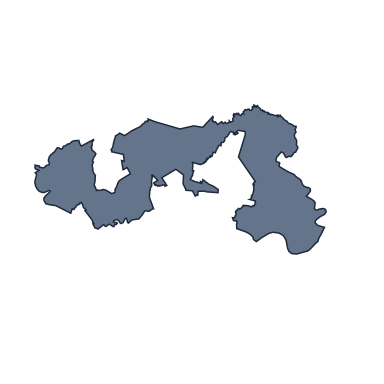 Cosoleacaque, Veracruz, Mexico (Albers equal-area conic projection), rotated 52°
{"feature_id": "50627088B31843590952822", "entity_name": "Cosoleacaque", "entity_type": "district", "adm_level": 2, "iso_a3": "MEX", "parent_name": "Mexico", "parent_adm1": "Veracruz", "projection": "albers", "projection_center": [-94.578, 18.006], "detail": "fine", "context": "isolated", "style": "filled", "palette": "slate", "viewbox_px": 384, "rotation_deg": 52, "n_neighbors": 0, "source": "geoboundaries", "source_scale": "gbopen_adm2", "svg_char_len": 6028}
<svg xmlns="http://www.w3.org/2000/svg" viewBox="0 0 384 384"><g transform="rotate(52 192 192)"><path d="M164.0,88.1L164.7,89.2L164.3,89.6L162.6,89.2L161.5,89.6L161.7,90.0L162.9,90.2L163.0,90.6L162.1,91.6L162.1,92.2L163.8,92.9L163.7,94.0L164.2,95.2L163.0,96.3L161.8,96.0L161.2,97.0L161.0,98.8L160.0,99.0L159.8,100.1L160.4,101.1L160.3,102.2L162.1,103.1L161.4,103.3L161.2,105.2L162.0,106.3L160.5,107.3L158.6,106.9L158.2,107.8L158.6,108.8L157.3,108.8L157.4,110.3L156.1,110.8L157.0,112.3L158.4,111.8L158.3,112.7L159.5,115.0L161.5,115.9L160.6,118.7L158.8,118.8L160.1,120.0L159.3,122.3L158.7,122.9L157.4,122.9L157.3,125.3L154.8,125.4L154.6,130.2L151.2,130.3L151.2,131.3L149.2,131.6L149.1,132.4L147.9,131.8L146.4,129.5L145.3,129.1L147.6,143.7L140.9,150.0L134.9,162.7L114.4,177.5L107.5,181.7L108.8,182.2L108.4,183.2L109.0,183.6L107.6,185.4L108.4,186.3L108.1,188.6L108.6,192.6L106.7,201.5L106.1,210.4L101.0,212.8L101.2,214.0L100.7,217.6L105.0,223.6L107.9,226.8L109.0,229.9L109.9,229.6L110.9,230.5L120.2,222.9L126.1,226.5L123.8,228.1L132.0,232.6L132.9,228.0L139.7,229.3L138.3,241.8L139.0,244.5L141.7,248.7L142.5,251.0L144.5,252.5L144.9,253.3L143.7,256.3L137.6,258.7L135.4,260.3L134.0,263.7L132.4,265.1L132.1,266.4L128.1,265.0L126.7,265.2L123.8,261.8L119.3,257.8L117.8,258.0L113.7,257.1L113.6,256.4L109.3,254.1L107.7,251.2L106.1,251.3L104.1,247.7L103.6,245.7L102.5,244.1L99.1,244.5L97.9,245.1L95.6,244.2L95.6,243.8L94.4,243.7L93.8,241.9L91.9,240.7L91.2,239.8L90.6,237.6L90.0,237.3L87.7,251.0L84.4,250.6L81.7,249.4L79.3,252.9L78.4,255.1L78.6,259.1L77.7,260.2L77.6,263.4L76.8,265.0L77.9,267.3L77.7,268.5L76.4,269.6L75.5,269.5L74.2,271.0L75.8,276.0L75.5,277.4L76.0,278.8L75.7,279.9L76.3,282.6L78.3,285.4L79.6,286.3L81.5,286.6L82.3,287.3L82.4,288.0L81.6,289.8L81.4,291.5L81.9,292.6L81.9,293.3L81.0,294.9L79.2,296.2L79.0,296.7L78.1,296.8L77.6,296.3L75.6,297.8L75.4,298.6L74.2,299.1L76.3,300.9L77.1,301.0L77.9,301.0L80.1,299.3L80.7,299.2L80.3,303.7L81.6,303.4L83.1,304.3L86.7,309.0L87.9,310.1L90.9,311.5L94.1,312.2L96.5,312.1L98.1,311.6L100.5,310.0L101.4,308.8L102.7,304.1L103.1,303.4L103.8,303.3L104.4,303.7L104.9,310.0L105.7,312.6L107.3,313.7L111.2,314.4L113.7,312.6L119.0,307.7L134.1,300.6L131.5,296.7L133.1,295.7L132.3,294.5L132.6,293.4L131.6,291.7L132.3,287.8L131.7,287.7L132.0,285.6L135.1,286.1L137.3,287.1L140.9,286.5L140.7,287.8L151.7,287.9L155.5,288.7L155.4,289.1L156.1,289.2L156.3,288.8L156.6,288.9L156.3,289.7L160.6,290.6L161.5,289.7L163.3,289.0L163.3,281.6L165.0,281.6L166.3,280.8L166.3,277.6L166.6,276.8L170.6,275.5L171.2,274.9L170.3,272.8L170.9,271.3L170.8,270.3L169.7,270.0L168.3,271.9L167.3,272.4L166.8,272.0L166.6,270.7L167.2,268.8L167.8,268.0L169.4,267.4L171.9,267.7L173.2,267.3L173.7,265.0L172.1,261.7L172.0,260.1L173.1,260.0L176.1,261.4L177.2,261.4L177.4,261.0L177.0,256.6L180.5,250.3L179.3,244.9L177.9,241.0L178.6,239.7L180.7,237.9L181.1,233.4L181.6,232.6L170.3,229.0L168.7,227.9L167.4,226.4L165.4,225.1L164.7,223.5L163.2,222.3L162.2,219.7L159.0,217.7L156.7,215.1L156.1,215.0L155.7,213.5L154.4,213.7L154.0,213.0L153.4,212.8L161.7,211.8L161.2,216.7L163.7,216.9L163.7,216.5L164.4,216.5L164.4,215.9L166.1,215.5L166.5,214.1L167.1,214.3L169.1,209.6L170.9,209.7L171.3,207.8L162.1,207.0L164.2,190.7L173.3,188.2L180.1,194.0L185.5,195.1L186.8,195.8L191.4,190.9L197.3,192.0L197.3,190.1L198.1,189.5L195.2,186.8L199.5,181.0L200.5,180.8L208.6,171.9L206.1,169.8L200.9,171.5L196.0,174.0L189.0,175.8L190.0,176.7L190.1,177.9L189.1,178.7L191.1,179.1L185.4,183.4L181.1,185.7L179.1,181.1L178.7,181.3L176.4,177.6L175.4,178.4L169.8,173.5L169.4,173.8L168.9,173.4L175.5,168.6L176.6,165.3L176.1,164.8L176.5,164.3L176.1,163.9L176.7,163.1L175.9,162.0L176.4,161.5L175.2,160.6L175.7,160.2L175.3,159.9L175.7,159.2L175.2,159.0L175.5,158.9L175.4,156.1L176.0,156.0L175.9,154.7L175.3,154.8L176.1,153.9L173.6,151.0L175.5,149.5L174.2,147.5L171.8,142.1L173.4,140.6L171.0,138.5L172.1,137.0L171.8,134.9L169.6,132.6L170.0,130.0L168.3,125.3L168.3,124.1L171.7,121.8L171.7,123.6L172.1,123.6L172.0,122.3L173.5,122.8L174.1,119.7L173.7,119.5L171.9,120.2L171.9,117.6L177.1,112.8L179.7,114.8L193.0,133.8L222.9,135.7L222.6,137.2L223.4,139.2L223.8,139.4L224.1,138.4L224.5,138.4L226.0,140.5L227.4,141.2L229.1,142.8L231.2,145.5L231.5,147.1L231.8,146.8L232.4,147.3L232.9,149.0L233.8,149.8L233.3,151.2L238.1,147.6L239.3,148.8L240.0,148.7L240.6,150.9L241.3,151.7L240.1,152.8L240.4,154.1L240.2,154.6L238.6,155.3L235.7,157.8L235.3,159.3L234.3,159.3L234.1,160.1L234.9,162.3L235.0,164.0L234.3,165.1L233.5,165.5L234.3,167.5L233.8,167.9L233.8,168.5L234.5,170.0L234.8,170.2L235.2,169.9L237.5,171.9L237.4,172.8L238.6,174.3L237.1,175.9L240.0,176.9L242.7,174.5L245.2,177.0L248.4,179.3L257.1,173.8L261.2,172.2L264.9,171.7L266.9,172.7L267.7,172.7L270.7,171.8L270.9,164.9L271.9,157.1L273.4,153.2L277.7,148.9L281.7,147.1L284.9,147.0L288.2,147.7L295.6,151.5L298.5,152.2L301.0,151.6L302.1,151.2L305.4,147.6L309.1,138.6L309.7,137.8L309.8,134.7L308.5,125.7L308.6,123.5L306.2,120.0L305.3,117.3L301.4,109.3L296.0,113.4L292.1,113.9L290.8,112.9L290.4,111.1L290.3,106.6L291.2,101.5L290.4,98.8L289.4,97.9L287.6,97.6L285.5,99.1L283.9,102.1L283.0,105.1L281.6,105.7L280.3,105.6L276.5,101.7L274.6,101.4L272.6,101.8L265.9,104.4L264.3,98.4L263.5,97.5L262.1,96.8L260.6,97.3L258.0,99.4L255.5,100.4L253.0,100.0L250.4,99.0L248.2,99.2L243.9,100.6L240.9,100.8L235.4,103.8L225.8,107.5L225.0,107.4L223.3,105.1L222.5,105.1L220.6,106.5L219.5,106.7L217.6,105.3L216.8,103.7L215.4,96.9L217.5,95.9L222.1,96.8L223.0,96.3L223.6,93.3L225.1,92.3L224.8,90.0L223.8,87.4L224.4,85.6L223.4,83.9L223.0,82.3L221.8,81.0L219.1,80.7L216.7,78.4L214.6,77.5L212.3,77.5L210.2,76.3L209.5,75.5L208.8,73.1L206.4,72.5L205.0,69.9L204.1,69.6L203.3,71.0L201.1,71.4L198.4,72.7L197.3,73.7L194.9,73.6L192.1,74.7L188.1,75.0L187.4,75.4L185.1,75.1L186.1,75.7L185.7,76.7L185.7,78.1L185.3,78.1L184.8,77.0L184.1,76.9L183.8,78.3L182.4,79.9L179.8,81.4L179.5,82.5L177.8,82.7L177.5,84.0L176.3,83.1L174.0,85.2L172.3,85.3L172.2,86.5L170.8,86.0L170.1,87.2L168.1,86.9L165.3,87.6L164.3,87.1L164.0,88.1Z" fill="#64748b" stroke="#1e293b" stroke-width="1.5"/></g></svg>